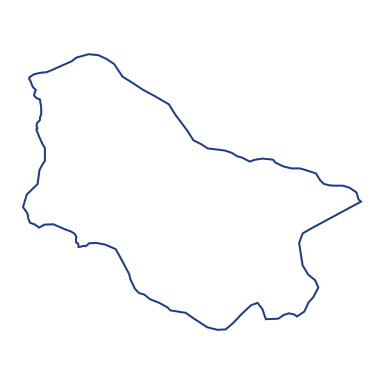 Edu, Kwara, Nigeria
{"feature_id": "59680162B33186191897384", "entity_name": "Edu", "entity_type": "district", "adm_level": 2, "iso_a3": "NGA", "parent_name": "Nigeria", "parent_adm1": "Kwara", "projection": "mercator", "projection_center": [5.13, 8.931], "detail": "fine", "context": "isolated", "style": "outline", "palette": "blue", "viewbox_px": 384, "rotation_deg": 0, "n_neighbors": 0, "source": "geoboundaries", "source_scale": "gbopen_adm2", "svg_char_len": 1855}
<svg xmlns="http://www.w3.org/2000/svg" viewBox="0 0 384 384"><path d="M294.4,314.5L296.9,316.5L304.3,311.6L308.6,302.3L313.3,297.2L318.3,287.6L315.2,280.3L308.1,274.5L302.6,265.3L299.1,243.0L302.7,233.4L311.3,228.4L361.0,201.6L358.5,199.4L356.5,192.5L349.5,187.7L342.9,185.7L335.8,185.7L329.8,185.4L324.1,184.0L320.4,180.6L317.8,176.5L316.1,173.5L310.1,171.5L305.7,170.1L300.0,168.4L291.6,168.4L283.3,166.4L275.6,162.7L272.9,159.6L262.2,158.6L254.2,159.9L249.8,161.6L242.1,157.6L237.1,156.2L231.7,152.8L224.7,150.5L216.0,149.4L207.6,148.4L201.6,144.4L193.4,140.3L187.4,130.8L175.0,114.2L169.0,104.4L154.9,96.2L143.6,90.1L142.9,89.7L132.2,82.7L123.9,77.5L122.5,76.6L114.1,64.0L106.4,58.9L98.4,55.2L88.7,54.2L84.0,55.5L76.3,57.6L71.6,61.3L61.6,65.7L52.5,69.8L46.5,72.2L40.5,72.8L34.1,74.2L29.4,77.3L29.2,79.0L30.8,81.7L31.8,84.7L33.1,87.4L35.8,89.8L34.8,92.2L34.1,95.6L36.8,98.3L39.8,99.3L40.8,104.7L41.2,108.1L41.2,111.8L41.2,114.5L40.2,116.6L39.8,120.3L37.1,123.0L36.5,126.1L37.5,128.1L36.3,129.4L39.1,136.5L42.4,143.9L44.9,148.1L44.9,155.9L44.9,160.9L42.4,164.6L39.5,170.0L37.6,184.0L26.8,194.5L23.0,207.1L27.4,213.4L28.5,219.2L30.1,222.8L34.8,224.5L39.1,227.6L44.5,224.6L53.4,224.3L60.6,227.4L65.7,229.6L70.6,231.3L74.7,233.8L76.5,237.2L75.9,238.7L76.1,242.5L77.5,243.1L78.4,244.3L78.4,245.3L78.4,245.7L78.6,246.2L78.6,246.4L78.5,246.7L78.5,247.0L81.7,246.5L83.7,245.8L85.3,246.2L86.9,245.3L89.0,243.3L96.0,242.9L105.0,244.5L115.6,249.1L118.5,254.1L129.1,273.9L129.7,276.4L130.4,279.3L134.9,288.8L138.6,292.6L138.9,293.0L144.3,294.6L150.0,299.2L159.4,302.9L167.6,307.5L170.4,310.4L185.6,312.8L193.3,318.2L207.3,327.3L217.5,329.8L225.7,329.4L233.4,322.8L240.8,314.9L243.6,312.2L247.3,308.7L251.4,305.0L255.3,303.7L257.6,302.9L262.5,309.3L265.8,319.2L278.2,318.7L283.9,314.9L288.9,313.3L294.4,314.5Z" fill="none" stroke="#1e3a8a" stroke-width="2"/></svg>